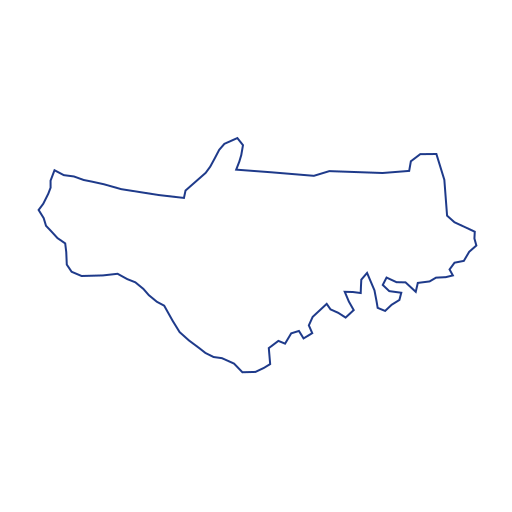 Quatro Pontes, Paraná, Brazil, rotated 93°
{"feature_id": "56859067B95134606525009", "entity_name": "Quatro Pontes", "entity_type": "district", "adm_level": 2, "iso_a3": "BRA", "parent_name": "Brazil", "parent_adm1": "Paraná", "projection": "mercator", "projection_center": [-53.971, -24.574], "detail": "fine", "context": "isolated", "style": "outline", "palette": "blue", "viewbox_px": 512, "rotation_deg": 93, "n_neighbors": 0, "source": "geoboundaries", "source_scale": "gbopen_adm2", "svg_char_len": 1503}
<svg xmlns="http://www.w3.org/2000/svg" viewBox="0 0 512 512"><g transform="rotate(93 256 256)"><path d="M180.9,461.7L191.5,465.1L198.5,464.7L204.7,466.7L215.0,471.2L221.4,475.5L229.3,470.0L236.8,467.3L242.1,461.7L248.5,455.2L253.4,447.2L262.0,445.7L274.5,444.5L281.4,439.3L285.1,429.1L283.4,407.8L281.0,393.3L285.8,383.4L288.6,375.1L294.8,366.7L300.7,361.0L306.9,352.6L310.4,345.1L325.0,335.9L336.0,328.3L343.8,318.6L351.2,307.5L355.5,301.4L359.1,293.1L359.8,284.7L364.6,272.3L372.8,263.5L371.8,250.5L367.3,242.2L363.2,236.2L347.3,238.4L339.6,229.2L342.0,222.4L331.4,216.8L328.6,209.2L335.8,204.2L330.1,195.8L322.5,199.6L313.8,196.2L306.5,189.1L300.1,182.9L305.4,178.8L308.5,170.8L312.8,163.3L304.9,155.6L296.6,160.9L287.1,165.5L286.9,157.2L287.5,149.5L280.7,149.6L274.1,149.6L267.1,144.2L284.1,135.9L295.1,133.2L301.4,131.8L304.1,124.2L297.6,118.0L292.4,110.5L285.1,109.0L284.1,121.1L278.3,127.9L270.7,124.5L274.8,114.3L274.5,105.3L283.4,94.6L274.4,93.0L272.3,81.3L268.2,75.1L267.2,65.4L265.1,58.4L259.3,62.0L252.3,57.4L250.0,48.2L240.6,43.3L234.0,36.5L227.1,38.8L220.3,38.8L211.9,59.6L205.7,67.3L170.1,71.9L144.7,81.2L145.7,97.3L153.3,106.3L163.0,107.5L166.5,134.0L167.4,187.2L172.9,202.4L171.6,245.2L170.8,280.3L162.6,277.6L156.0,276.0L146.0,274.8L139.2,280.8L145.6,293.4L151.9,298.3L160.4,302.2L169.2,306.4L175.6,310.6L194.3,329.8L201.8,331.0L200.2,356.5L196.3,394.1L192.3,411.7L190.3,423.8L189.1,432.1L186.1,442.0L185.3,452.2L180.9,461.7Z" fill="none" stroke="#1e3a8a" stroke-width="2"/></g></svg>